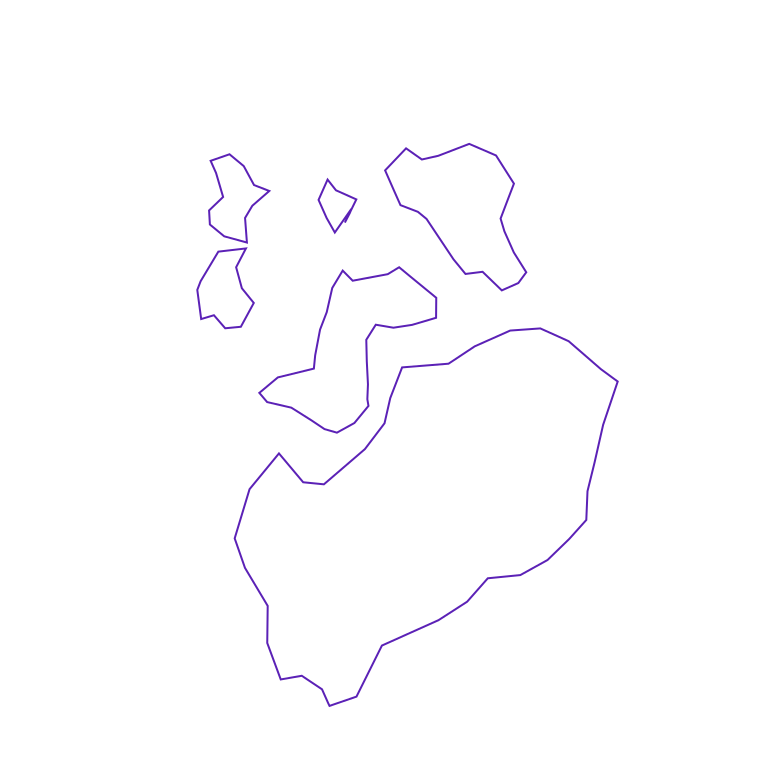 Ganghwa-gun, Gyeonggi, South Korea, rotated 66°
{"feature_id": "91817680B24929628173287", "entity_name": "Ganghwa-gun", "entity_type": "district", "adm_level": 2, "iso_a3": "KOR", "parent_name": "South Korea", "parent_adm1": "Gyeonggi", "projection": "orthographic", "projection_center": [126.329, 37.696], "detail": "fine", "context": "isolated", "style": "outline", "palette": "violet", "viewbox_px": 768, "rotation_deg": 66, "n_neighbors": 0, "source": "geoboundaries", "source_scale": "gbopen_adm2", "svg_char_len": 1707}
<svg xmlns="http://www.w3.org/2000/svg" viewBox="0 0 768 768"><g transform="rotate(66 384 384)"><path d="M590.5,254.5L564.7,241.7L541.4,223.6L510.4,200.4L476.8,169.5L458.7,179.8L420.0,197.9L396.8,218.6L386.5,247.0L386.5,285.8L391.7,316.8L376.2,360.7L399.4,384.0L420.1,399.5L435.7,427.9L451.2,479.7L440.9,497.8L404.7,508.2L425.4,549.6L464.3,583.2L495.4,585.8L539.4,580.5L573.1,596.0L611.9,598.5L617.1,577.8L637.7,564.8L653.0,564.8L655.9,564.7L658.4,536.3L622.1,492.3L622.0,463.9L621.9,430.2L616.7,396.6L603.7,368.2L614.0,337.2L611.3,306.2L600.9,277.8L590.5,254.5ZM353.0,498.1L367.9,478.3L387.8,465.0L401.0,456.7L409.3,446.8L407.6,426.9L397.7,407.1L391.1,405.4L377.8,398.8L356.3,390.5L336.4,382.2L326.5,367.4L336.4,352.5L341.4,334.3L344.7,309.5L326.5,301.2L296.8,316.1L283.5,322.7L285.2,335.9L276.9,370.6L263.6,375.6L275.2,392.2L295.1,407.1L308.3,420.3L329.8,435.2L341.4,441.8L334.8,478.3L341.4,501.5L353.0,498.1ZM280.3,210.2L265.4,195.4L253.8,183.8L220.8,188.7L199.3,208.5L197.6,241.6L194.3,258.1L177.7,268.0L189.3,296.1L210.8,296.2L227.3,296.2L240.5,283.0L250.5,278.0L298.4,269.8L316.6,264.8L321.6,248.3L346.4,238.3L346.4,220.2L339.8,208.6L316.6,211.9L293.5,211.9L280.3,210.2ZM217.2,471.6L204.0,455.0L195.7,481.5L215.5,509.7L222.1,516.3L250.3,524.6L252.0,511.4L268.5,506.4L273.5,491.5L257.0,470.0L238.7,474.9L217.2,471.6ZM199.0,451.7L175.8,443.4L167.6,431.8L161.0,410.3L149.4,421.8L127.9,423.5L111.3,431.7L109.6,451.6L122.9,451.6L147.7,454.9L154.3,473.2L167.5,478.2L184.1,469.9L199.0,451.7ZM212.4,344.1L204.1,334.2L187.5,349.1L174.3,352.4L189.2,368.9L209.0,368.9L225.6,367.3L210.7,342.5L212.4,344.1ZM212.4,344.1L220.6,354.1L214.0,345.8L212.4,344.1Z" fill="none" stroke="#5b21b6" stroke-width="2"/></g></svg>